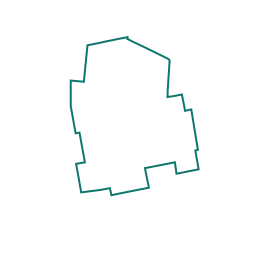 outline of Carmen de Areco, Buenos Aires, Argentina, rotated 306°
{"feature_id": "61730980B54882612512948", "entity_name": "Carmen de Areco", "entity_type": "district", "adm_level": 2, "iso_a3": "ARG", "parent_name": "Argentina", "parent_adm1": "Buenos Aires", "projection": "robinson", "projection_center": [-59.843, -34.419], "detail": "fine", "context": "isolated", "style": "outline", "palette": "teal", "viewbox_px": 256, "rotation_deg": 306, "n_neighbors": 0, "source": "geoboundaries", "source_scale": "gbopen_adm2", "svg_char_len": 731}
<svg xmlns="http://www.w3.org/2000/svg" viewBox="0 0 256 256"><g transform="rotate(306 128 128)"><path d="M171.1,46.6L139.5,65.1L132.7,53.8L111.8,69.0L106.8,74.3L96.7,84.8L93.0,88.8L95.7,91.5L94.2,93.1L74.9,113.3L68.5,107.1L48.4,128.0L62.1,142.5L68.7,148.7L63.9,154.1L71.3,160.8L92.0,180.0L96.7,174.8L105.5,165.3L127.8,186.1L119.5,194.1L136.1,209.4L149.4,195.7L151.4,197.4L180.2,168.3L175.4,164.0L178.5,160.9L181.6,157.5L186.8,151.9L181.5,147.0L176.3,141.8L181.6,138.1L188.1,134.0L193.9,130.3L204.9,123.4L207.2,121.9L207.6,120.2L202.9,93.1L200.5,80.2L199.7,74.9L199.8,74.8L200.1,74.7L200.5,74.5L200.8,74.4L201.1,74.5L201.3,74.4L201.3,74.2L183.1,57.5L181.4,56.1L171.1,46.6Z" fill="none" stroke="#0f766e" stroke-width="2"/></g></svg>